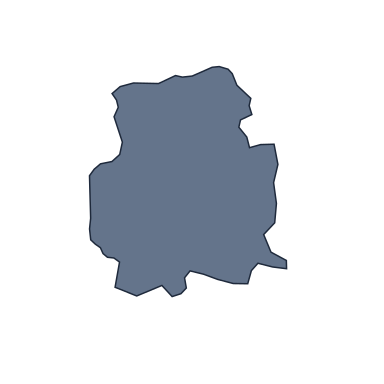 the border of Orhei, rotated 304°
{"feature_id": "MDA-1643", "entity_name": "Orhei", "entity_type": "District", "adm_level": 1, "iso_a3": "MDA", "parent_name": "Moldova", "parent_adm1": "", "projection": "orthographic", "projection_center": [28.834, 47.401], "detail": "fine", "context": "isolated", "style": "filled", "palette": "slate", "viewbox_px": 384, "rotation_deg": 304, "n_neighbors": 0, "source": "natural_earth", "source_scale": "10m", "svg_char_len": 944}
<svg xmlns="http://www.w3.org/2000/svg" viewBox="0 0 384 384"><g transform="rotate(304 192 192)"><path d="M277.5,233.3L262.9,247.8L245.4,254.4L229.7,268.4L212.7,277.8L196.8,275.2L186.3,291.1L188.0,308.5L181.3,313.3L174.9,300.7L169.8,286.5L160.0,285.2L147.1,289.5L139.2,277.4L133.9,262.2L130.3,247.5L125.5,234.5L116.7,233.8L109.2,241.0L101.5,239.7L94.2,234.0L97.7,219.3L74.9,204.3L70.0,181.5L93.4,171.1L93.6,164.1L90.6,158.4L91.2,152.7L94.6,147.2L94.7,141.0L95.7,134.8L104.1,127.7L113.5,122.7L148.2,97.9L156.3,98.2L164.2,100.4L172.5,108.6L182.7,111.1L194.4,106.4L210.8,85.3L221.0,83.5L226.0,78.0L228.9,70.7L239.2,73.5L249.6,82.5L263.2,103.6L279.3,113.2L281.9,119.8L288.3,127.4L288.5,127.5L306.6,138.9L306.7,139.0L311.2,144.4L312.9,149.8L314.0,153.2L312.6,159.2L305.6,169.5L302.5,188.4L295.5,191.1L289.7,198.3L278.9,191.9L271.9,194.6L268.2,206.7L260.9,214.9L269.7,222.4L277.5,233.3Z" fill="#64748b" stroke="#1e293b" stroke-width="1.5"/></g></svg>